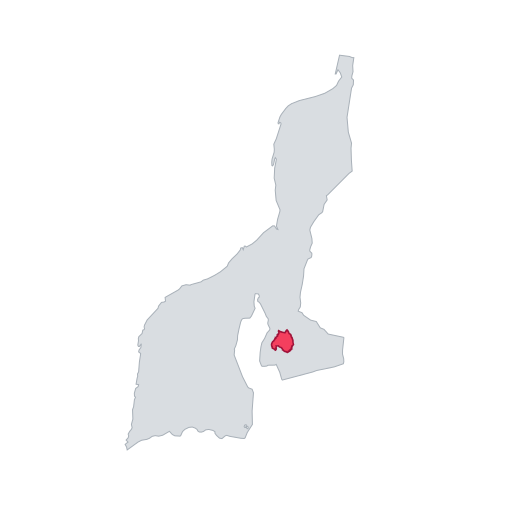 Chiuta, Tete, Mozambique shown in context, rotated 189°
{"feature_id": "85939544B4853369515096", "entity_name": "Chiuta", "entity_type": "district", "adm_level": 2, "iso_a3": "MOZ", "parent_name": "Mozambique", "parent_adm1": "Tete", "projection": "equal_earth", "projection_center": [33.513, -15.51], "detail": "fine", "context": "in_parent", "style": "filled", "palette": "rose", "viewbox_px": 512, "rotation_deg": 189, "n_neighbors": 0, "source": "geoboundaries", "source_scale": "gbopen_adm2", "svg_char_len": 7616}
<svg xmlns="http://www.w3.org/2000/svg" viewBox="0 0 512 512"><g transform="rotate(189 256 256)"><path d="M174.3,354.9L177.0,352.2L194.8,327.6L195.9,326.6L194.5,322.5L196.8,317.7L197.1,310.2L197.8,309.0L200.5,306.5L204.3,298.9L206.7,292.9L206.9,290.0L203.5,281.9L202.5,277.5L203.5,273.7L203.9,270.1L203.4,269.0L201.3,267.5L201.0,265.9L201.0,264.1L201.4,263.0L204.0,261.3L204.5,260.4L206.6,250.9L205.9,243.7L205.9,235.5L206.4,227.0L206.1,222.1L204.5,216.6L204.3,212.6L205.5,209.8L205.7,208.1L201.7,207.2L199.7,204.9L192.0,201.2L186.2,200.7L181.3,195.1L177.4,194.2L172.5,190.2L157.0,189.4L156.4,189.0L155.8,176.7L155.2,172.6L153.3,168.2L152.7,165.2L152.9,163.2L161.4,158.7L178.2,152.4L181.9,150.3L210.6,137.6L211.4,138.4L214.3,144.8L219.1,152.1L220.2,151.2L227.1,150.0L228.1,149.0L230.2,148.4L232.6,148.0L233.4,148.4L236.0,152.9L236.8,161.4L236.9,167.1L236.6,171.2L234.6,175.9L233.0,181.9L230.9,185.1L230.9,186.6L233.4,190.2L233.9,191.6L233.8,194.7L234.2,196.0L236.3,197.9L238.0,200.8L244.1,209.4L245.7,210.9L247.0,211.3L247.6,213.0L247.2,214.9L246.3,216.0L246.7,217.6L247.8,218.9L250.7,218.7L251.0,218.1L250.9,210.6L249.9,206.2L248.7,204.2L251.1,196.0L252.4,193.7L257.1,192.8L259.2,192.1L260.1,191.1L260.8,188.5L261.4,181.2L261.7,174.4L261.2,170.4L261.9,164.3L262.9,160.6L262.4,159.9L262.1,154.8L250.4,134.6L243.8,125.5L242.7,124.6L239.0,123.8L237.1,120.5L235.6,102.3L233.2,89.1L237.0,80.4L238.3,74.7L239.1,73.9L242.4,73.6L253.9,73.8L256.8,74.3L258.1,73.7L261.1,70.3L263.6,70.4L266.9,72.6L268.8,74.5L269.1,76.1L271.3,77.0L275.5,77.3L278.5,76.4L280.4,74.5L282.4,73.5L284.5,73.3L286.0,74.0L287.1,75.5L289.1,76.5L292.2,77.1L295.5,76.2L299.1,73.7L301.1,71.1L302.3,66.7L302.9,66.2L308.0,65.7L310.7,66.6L314.1,69.3L320.1,64.4L323.9,62.8L327.5,62.8L330.4,61.6L332.7,59.3L335.2,57.8L340.2,56.1L343.5,53.7L352.9,44.3L353.9,47.0L355.8,49.5L353.3,52.2L355.5,53.9L353.8,56.5L353.6,58.4L354.4,60.1L353.3,63.1L351.9,65.4L351.5,67.1L352.7,70.2L352.1,75.7L353.9,84.9L353.3,87.9L353.6,95.1L352.9,97.7L354.1,98.6L354.7,101.5L354.1,106.4L352.0,108.5L351.8,110.6L354.4,110.6L354.3,116.9L354.0,118.7L354.6,120.9L353.8,123.2L354.6,133.2L354.6,140.5L354.7,141.7L356.9,142.9L356.8,144.9L355.4,147.5L355.5,151.4L357.1,148.3L358.0,148.3L358.8,149.5L358.8,153.9L359.3,156.1L359.1,158.0L356.4,161.6L356.2,165.1L355.2,165.6L354.7,166.5L355.4,168.5L355.3,170.3L353.5,175.8L344.6,189.0L344.4,191.3L342.1,195.4L339.7,196.1L338.3,197.2L339.3,200.9L327.6,210.2L326.4,211.5L324.5,214.9L320.6,216.7L316.4,216.9L315.7,217.6L306.2,221.9L304.3,223.9L300.3,225.8L293.9,230.4L288.7,234.8L282.8,241.4L282.0,244.9L279.2,249.5L275.0,255.0L272.5,259.5L272.3,261.5L270.8,262.1L269.6,260.2L269.1,263.9L268.1,264.1L266.9,263.4L261.7,267.3L257.8,271.7L252.2,280.2L244.2,288.4L242.4,288.6L239.9,285.8L238.5,285.6L240.5,288.7L240.4,295.6L239.4,303.7L239.5,305.4L244.8,314.0L247.3,324.0L247.5,329.1L250.2,335.7L251.3,345.6L251.0,354.8L252.3,356.2L252.7,354.9L253.0,349.1L253.7,347.6L254.4,347.8L255.1,351.0L255.3,354.2L254.3,361.4L254.6,364.3L255.9,369.2L254.3,374.9L251.9,390.4L252.4,391.4L253.6,391.8L254.0,390.1L254.7,390.1L255.1,391.1L254.1,397.2L253.1,399.9L249.6,406.5L247.7,409.3L244.6,412.1L237.3,416.4L222.7,422.6L213.5,427.5L206.3,433.3L203.1,437.1L201.8,441.6L199.3,446.2L201.4,450.1L204.2,452.8L205.4,448.3L206.2,448.2L204.9,467.4L194.9,467.7L192.0,467.0L190.4,467.2L190.3,459.2L189.0,453.2L189.5,448.9L189.3,446.6L187.2,445.0L186.7,440.4L187.9,436.8L187.8,407.2L184.2,392.8L179.3,382.4L179.0,377.3L176.8,365.7L174.3,354.9ZM239.5,87.9L240.8,87.1L241.0,85.5L240.2,84.8L239.5,85.0L239.1,87.4L239.5,87.9ZM238.7,85.1L237.7,84.0L237.0,84.3L236.8,85.2L237.5,86.5L238.3,86.5L238.7,85.1Z" fill="#d9dde1" stroke="#a8b0b8" stroke-width="1"/><path d="M208.8,182.9L208.9,183.1L209.1,183.2L209.1,183.3L209.3,183.3L209.5,183.7L209.6,183.9L209.7,184.1L209.8,184.1L210.0,184.2L210.3,184.3L210.5,184.4L211.1,184.5L211.4,184.9L211.5,185.2L211.7,185.5L211.9,185.9L211.9,186.0L212.2,186.2L212.5,186.8L212.7,187.0L213.0,187.2L213.3,187.5L213.5,187.6L213.8,187.9L214.0,187.7L213.9,187.5L214.0,187.3L214.0,187.2L214.3,187.3L214.4,187.2L214.5,186.9L214.6,186.7L214.8,186.4L214.7,186.3L214.8,186.2L215.0,185.8L215.0,185.6L215.2,185.4L215.3,185.2L215.3,184.9L215.5,184.8L215.5,184.7L215.8,184.7L217.5,184.8L218.3,184.7L218.4,184.9L218.5,185.0L218.9,185.0L219.1,185.1L219.5,185.0L219.6,184.9L220.1,185.1L220.3,185.2L220.6,185.3L220.8,185.5L221.0,185.5L221.9,185.8L221.9,185.7L222.0,185.7L222.1,185.4L221.9,185.0L221.9,184.8L221.7,184.4L221.4,184.2L221.3,183.8L221.3,183.5L221.5,183.0L221.5,182.9L221.5,182.6L221.6,182.3L221.7,182.1L221.7,181.9L222.1,181.6L222.2,181.4L222.4,181.6L222.5,181.6L222.4,181.8L222.5,181.9L222.7,181.6L222.7,181.4L222.6,181.2L222.5,180.9L222.4,180.8L222.3,180.7L222.2,180.5L222.2,180.4L222.2,180.2L222.3,180.2L222.6,180.0L222.6,179.9L222.8,179.7L222.9,179.4L223.0,179.3L223.3,179.2L223.5,178.9L223.6,178.6L223.7,178.4L223.8,178.2L223.7,178.0L223.8,178.0L223.9,177.9L223.9,177.7L224.0,177.7L224.1,177.8L224.1,177.7L224.2,177.4L224.2,177.2L224.4,176.9L224.5,176.9L224.5,176.7L224.4,176.5L224.5,176.2L224.8,176.1L225.0,175.4L225.0,175.2L225.3,175.1L225.4,174.9L225.5,174.8L225.5,174.7L225.4,174.6L225.5,174.5L225.8,174.3L225.9,174.1L226.1,174.0L226.2,173.9L226.3,173.7L226.3,173.2L226.4,172.8L226.5,172.8L226.5,172.5L226.8,172.1L226.8,171.8L226.8,171.5L226.9,171.3L226.9,171.2L226.8,170.9L226.7,170.8L226.7,170.7L226.7,170.4L226.6,170.1L226.5,169.9L226.5,169.7L226.3,169.6L226.2,169.5L226.3,169.4L226.2,169.1L226.0,168.9L225.9,168.9L225.9,169.0L225.8,168.9L225.8,168.4L225.7,168.3L225.6,167.7L225.4,167.6L225.2,167.4L224.9,167.4L224.7,167.3L224.4,167.3L224.1,167.2L223.8,167.1L223.7,167.1L223.4,166.9L223.3,166.7L223.0,166.7L222.7,166.4L222.5,166.2L222.3,166.0L222.2,165.9L222.0,166.0L221.9,166.1L221.6,166.7L221.5,166.8L221.5,167.0L221.5,167.8L221.5,168.0L221.9,168.1L222.0,168.1L222.0,168.3L221.9,168.4L221.9,168.8L221.8,169.1L221.8,169.5L221.8,169.9L221.8,170.1L221.7,170.2L221.8,170.3L220.6,170.6L220.2,170.7L219.7,170.8L219.6,170.7L219.3,170.2L219.1,170.1L218.4,169.8L218.1,169.7L216.7,169.5L216.6,169.4L216.5,169.2L216.4,169.2L216.2,169.1L216.1,168.9L215.8,168.9L215.5,168.5L215.5,168.4L215.4,168.3L215.3,168.1L215.2,167.9L215.2,167.7L215.1,167.4L214.7,167.5L214.4,167.5L214.2,167.3L213.7,166.7L213.3,166.4L213.0,166.3L212.8,166.4L212.7,166.4L212.6,166.2L212.3,166.2L212.1,166.1L211.6,166.3L211.5,166.1L211.4,166.1L211.2,166.1L210.9,166.1L210.7,166.1L210.5,165.9L210.4,165.7L210.1,165.6L210.0,165.8L209.8,165.9L209.7,166.0L209.4,166.3L209.1,166.2L209.0,166.3L209.0,166.6L208.9,166.5L208.7,166.7L208.7,166.9L208.5,167.1L208.4,167.0L208.2,167.0L207.8,167.4L207.8,167.5L207.7,167.6L207.9,167.7L207.9,167.8L207.7,167.9L207.8,168.1L207.7,168.1L207.5,168.4L207.4,168.5L207.5,168.7L207.5,168.8L207.4,168.8L207.3,168.7L207.1,168.8L206.9,168.7L206.8,168.8L206.7,169.0L206.6,169.3L206.7,169.5L206.8,169.7L206.7,169.8L206.7,170.0L206.7,170.3L206.5,170.2L206.4,170.2L206.5,170.3L206.4,170.5L206.3,170.8L206.3,171.0L206.5,171.3L206.5,171.5L206.4,171.5L206.3,171.9L206.2,172.0L206.3,172.2L206.2,172.2L206.2,172.4L206.2,172.6L206.2,173.0L205.9,173.1L205.9,173.3L205.7,173.4L205.6,173.5L205.4,174.0L205.2,174.2L205.1,174.5L205.4,175.0L205.6,175.6L205.7,175.8L205.8,176.0L206.0,176.6L206.0,177.0L206.1,177.3L206.2,177.5L206.3,177.6L206.3,178.0L206.3,178.4L206.3,178.5L206.5,178.7L206.5,178.8L206.8,179.1L206.8,179.5L207.0,179.6L207.2,179.9L207.3,180.3L207.4,180.7L207.5,180.7L207.6,180.9L207.7,181.0L207.8,181.1L207.9,181.3L208.1,181.2L208.2,181.4L208.3,181.4L208.4,181.5L208.8,182.3L208.8,182.6L208.8,182.9Z" fill="#f43f5e" stroke="#9f1239" stroke-width="1.5"/></g></svg>